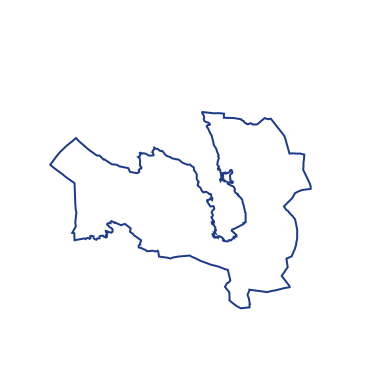 outline of Dagdas pag., Dagdas, Latvia, rotated 213°
{"feature_id": "27541924B87793076838019", "entity_name": "Dagdas pag.", "entity_type": "district", "adm_level": 2, "iso_a3": "LVA", "parent_name": "Latvia", "parent_adm1": "Dagdas", "projection": "robinson", "projection_center": [27.556, 56.097], "detail": "fine", "context": "isolated", "style": "outline", "palette": "blue", "viewbox_px": 384, "rotation_deg": 213, "n_neighbors": 0, "source": "geoboundaries", "source_scale": "gbopen_adm2", "svg_char_len": 6104}
<svg xmlns="http://www.w3.org/2000/svg" viewBox="0 0 384 384"><g transform="rotate(213 192 192)"><path d="M58.3,165.3L59.6,166.6L60.9,166.9L71.1,170.5L70.8,181.1L76.5,187.5L73.4,192.3L74.9,201.1L75.6,202.9L75.7,204.0L76.6,205.6L78.5,210.3L83.2,217.6L90.6,225.2L94.6,226.6L99.5,227.7L101.2,228.4L103.4,228.4L107.1,230.0L104.6,241.3L105.0,247.1L103.0,250.6L100.6,253.8L94.2,259.2L95.5,261.4L98.5,263.7L110.9,271.2L112.1,273.6L114.0,276.5L115.4,279.1L115.6,279.9L118.2,284.5L122.4,283.1L124.3,281.7L129.0,279.0L131.2,277.3L142.5,287.3L145.3,289.4L165.8,296.4L168.1,294.3L171.3,293.6L174.2,284.2L176.2,282.7L177.0,282.4L178.0,281.6L179.8,281.8L180.5,281.5L181.2,280.2L182.4,279.0L185.5,278.9L187.4,279.6L189.5,279.3L190.3,279.8L197.2,276.8L205.7,271.6L207.8,275.1L211.3,273.4L217.1,269.6L226.9,264.7L226.8,264.2L225.7,263.2L224.8,263.2L222.6,261.4L222.2,260.9L222.0,259.7L220.7,258.5L219.4,258.2L217.7,258.5L216.1,259.1L214.4,259.0L213.8,258.4L213.7,257.9L215.3,256.6L215.5,255.2L215.3,254.8L213.2,254.1L208.4,251.0L206.6,250.3L200.7,244.9L199.6,243.5L194.8,241.2L193.1,239.5L190.0,237.6L189.5,237.0L189.6,236.2L188.1,235.3L187.9,234.9L187.1,231.8L185.6,228.6L183.3,228.1L182.7,226.8L183.2,226.0L183.0,225.6L182.1,225.0L181.3,226.2L180.6,226.0L180.1,225.7L179.8,225.0L178.2,223.5L177.7,223.3L176.4,221.4L175.2,220.4L175.4,220.2L174.5,218.4L175.2,218.2L175.2,217.7L174.0,216.7L174.0,218.1L173.6,218.6L170.1,218.8L169.4,219.3L171.5,219.4L174.0,220.6L174.1,221.0L175.0,221.3L174.5,222.3L174.7,222.6L176.5,224.0L176.8,224.5L176.4,224.9L175.3,224.8L174.8,226.5L174.5,226.5L174.0,225.8L173.5,225.9L173.3,226.5L172.3,227.6L171.3,229.4L171.3,229.9L171.8,230.8L171.3,231.8L170.5,231.9L168.6,230.1L168.7,229.3L169.3,227.8L169.3,227.1L168.9,226.0L167.1,224.2L166.7,223.1L165.7,222.7L163.5,222.9L163.0,222.6L163.0,221.7L163.3,221.3L165.8,220.6L166.3,220.0L167.2,219.7L167.3,219.3L166.7,218.5L166.2,218.3L165.1,218.6L162.7,218.7L160.9,219.1L159.6,219.0L157.4,217.6L157.1,216.1L155.2,215.1L152.3,215.2L151.4,214.7L152.0,214.3L151.8,214.2L148.6,213.8L146.0,213.0L145.5,212.7L143.2,210.3L141.4,209.0L136.3,203.8L135.7,203.7L130.6,196.0L131.9,194.2L131.1,194.0L131.9,192.1L136.5,184.2L138.0,182.1L137.6,181.1L131.1,180.1L130.6,179.2L131.2,179.1L130.8,178.7L131.1,178.3L131.1,178.0L131.7,177.8L131.7,177.4L132.5,177.1L131.7,176.3L132.3,176.2L132.3,175.3L132.7,174.2L132.9,172.7L133.9,172.4L134.9,171.6L134.6,170.6L135.3,169.8L136.6,169.4L137.2,168.8L137.7,168.8L138.5,168.3L139.7,168.3L140.1,169.0L139.5,169.0L139.4,169.4L141.8,170.2L142.7,169.9L143.5,170.2L144.3,170.0L144.9,169.8L144.8,169.3L145.1,168.8L145.6,168.9L145.3,168.0L146.4,168.3L146.9,167.9L146.5,167.2L147.7,166.3L148.3,166.0L149.1,166.1L148.7,166.5L149.2,166.7L149.7,166.6L149.8,166.8L149.6,167.1L150.7,167.2L150.5,167.7L151.1,167.8L150.8,168.2L150.9,168.4L151.7,168.3L151.4,169.3L150.9,169.6L150.9,169.9L150.4,170.0L150.9,170.2L150.3,170.4L151.1,170.8L151.4,171.8L151.7,172.1L151.0,172.7L151.0,172.8L151.4,173.3L152.0,173.2L152.0,173.6L152.4,173.8L153.2,175.1L154.3,175.3L154.7,175.8L156.2,176.4L156.6,176.1L157.9,176.2L158.3,176.6L157.4,176.8L158.4,177.5L157.0,178.4L157.7,178.9L157.5,179.3L157.7,179.5L159.0,179.2L159.2,179.9L159.6,180.2L162.0,181.4L161.6,182.6L161.8,183.9L162.4,184.4L164.2,185.3L164.7,186.3L164.7,187.7L164.1,189.7L164.3,190.2L165.8,191.6L166.4,191.8L168.0,190.3L168.7,189.9L174.4,192.4L174.8,193.6L173.9,193.7L173.2,196.2L170.8,196.1L171.5,197.8L172.8,197.4L172.8,198.3L173.6,198.9L174.0,199.7L175.2,200.5L175.4,200.4L175.1,200.1L175.6,199.8L176.5,199.7L178.5,200.1L180.5,199.6L181.2,199.2L181.6,198.8L181.8,198.1L182.4,197.9L184.3,198.3L187.4,200.2L190.7,200.5L191.1,201.0L191.2,202.2L192.0,202.9L192.0,203.6L191.8,204.0L192.0,204.2L194.2,204.9L195.3,205.7L197.6,209.3L199.6,210.5L202.3,211.4L203.4,213.1L204.3,213.7L206.5,213.5L208.6,214.0L210.4,212.5L215.6,211.4L220.7,211.9L222.3,211.4L222.9,210.8L225.1,210.2L226.9,209.4L229.5,209.4L232.5,208.5L235.5,208.8L236.4,209.4L239.1,210.2L240.0,209.9L240.4,209.4L241.1,209.1L244.2,209.4L246.4,208.5L247.9,208.8L248.0,208.6L247.0,207.6L247.3,205.5L247.1,205.3L247.1,203.8L246.0,203.6L244.3,202.0L244.3,201.7L248.0,199.0L250.9,199.0L252.0,198.8L254.1,197.9L254.6,197.0L256.5,197.0L257.0,196.2L256.0,195.4L255.3,194.3L256.3,192.0L254.4,191.9L252.2,189.5L250.3,186.0L249.3,185.8L247.7,184.9L247.4,184.0L248.3,183.5L248.5,181.3L247.2,180.2L247.8,178.6L248.7,177.7L254.9,175.1L258.5,177.3L267.0,173.9L269.7,174.0L274.3,171.6L283.6,171.6L283.8,171.1L289.3,172.2L291.7,170.8L301.3,171.2L314.9,173.1L318.7,174.1L320.4,168.3L322.3,162.6L324.5,153.4L325.1,147.7L325.7,137.6L319.7,136.9L310.2,136.4L306.8,135.9L295.3,135.4L282.7,117.5L279.6,113.5L278.0,112.2L273.5,103.2L270.7,99.9L270.2,92.5L268.3,93.3L264.2,87.6L257.0,94.4L255.4,94.7L255.5,95.5L254.6,96.5L253.9,96.9L252.3,97.0L252.1,97.8L252.2,98.5L253.3,99.4L253.2,99.7L252.1,100.7L251.4,101.0L250.4,101.1L249.6,100.0L248.5,99.5L246.3,99.8L246.2,101.3L244.3,102.8L245.4,104.5L244.6,105.7L242.7,106.9L241.8,106.5L239.3,107.0L238.8,107.6L239.0,108.0L239.9,108.0L240.6,108.8L240.1,109.0L239.8,109.4L240.1,110.4L242.5,111.7L243.1,112.4L241.4,113.0L240.1,112.8L239.8,113.2L237.4,114.0L237.0,115.5L237.5,116.0L238.0,117.1L239.3,117.8L242.4,117.7L243.7,118.3L244.5,118.2L245.3,118.4L245.7,118.7L245.6,119.7L244.3,121.0L243.3,121.5L244.1,122.6L243.8,123.1L243.7,123.7L243.5,123.9L240.7,123.9L240.2,124.4L240.0,124.0L238.8,124.6L233.5,125.5L230.9,128.7L223.6,128.1L222.4,124.9L218.5,124.7L217.2,124.1L208.4,123.8L207.2,119.6L206.9,119.5L207.4,118.9L207.3,117.6L206.6,116.6L205.9,116.6L203.7,117.5L201.8,117.5L199.7,118.1L197.5,117.8L194.4,120.1L193.5,121.1L189.9,122.4L189.0,124.0L188.0,123.8L184.5,119.9L176.8,123.5L173.8,124.5L172.0,127.0L167.8,130.8L159.1,137.6L157.6,137.5L150.8,138.6L147.7,138.8L136.3,141.4L129.7,143.7L121.9,145.4L119.5,146.2L111.7,138.7L112.0,136.1L113.0,134.3L112.7,130.4L106.1,128.2L102.2,122.8L102.0,121.8L99.6,121.2L92.6,120.6L87.7,121.1L80.9,126.6L82.5,129.0L82.3,129.3L86.0,133.4L89.5,136.0L90.2,140.6L90.7,141.3L74.4,149.0L70.5,153.2L68.4,155.0L62.6,161.3L58.3,165.3Z" fill="none" stroke="#1e3a8a" stroke-width="2"/></g></svg>